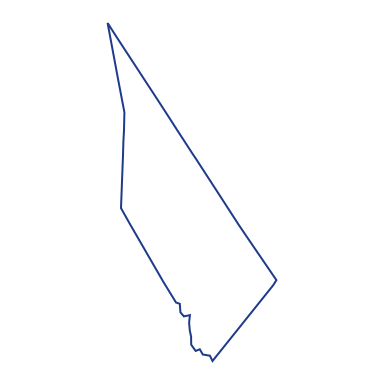 Calçado, Pernambuco, Brazil
{"feature_id": "56859067B28501117659936", "entity_name": "Calçado", "entity_type": "district", "adm_level": 2, "iso_a3": "BRA", "parent_name": "Brazil", "parent_adm1": "Pernambuco", "projection": "equal_earth", "projection_center": [-36.33, -8.734], "detail": "fine", "context": "isolated", "style": "outline", "palette": "blue", "viewbox_px": 384, "rotation_deg": 0, "n_neighbors": 0, "source": "geoboundaries", "source_scale": "gbopen_adm2", "svg_char_len": 626}
<svg xmlns="http://www.w3.org/2000/svg" viewBox="0 0 384 384"><path d="M212.5,361.0L273.3,285.1L276.4,280.1L246.0,235.6L238.5,224.5L219.1,194.5L215.0,188.2L196.4,159.5L192.3,153.4L176.2,128.6L171.1,120.6L158.4,101.0L142.7,77.0L139.7,72.4L116.5,36.9L107.6,23.0L118.1,79.4L124.4,112.3L124.0,130.4L123.4,141.4L123.0,155.3L122.7,163.3L122.2,176.2L121.0,208.1L124.0,213.5L129.4,223.1L138.7,239.2L163.2,281.6L176.0,302.5L179.8,303.8L180.4,312.3L183.9,316.4L189.9,315.1L189.1,322.8L189.8,330.5L191.1,336.7L191.2,344.7L195.6,350.9L199.8,349.3L202.8,354.5L209.9,355.7L212.5,361.0Z" fill="none" stroke="#1e3a8a" stroke-width="2"/></svg>